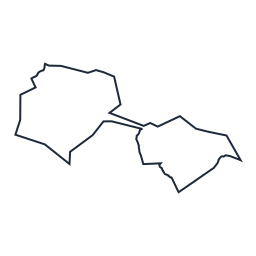 outline of Yeso'nbulag, Govi-Altay, Mongolia
{"feature_id": "93677404B66011642524046", "entity_name": "Yeso'nbulag", "entity_type": "district", "adm_level": 2, "iso_a3": "MNG", "parent_name": "Mongolia", "parent_adm1": "Govi-Altay", "projection": "mercator", "projection_center": [96.329, 46.208], "detail": "fine", "context": "isolated", "style": "outline", "palette": "slate", "viewbox_px": 256, "rotation_deg": 0, "n_neighbors": 0, "source": "geoboundaries", "source_scale": "gbopen_adm2", "svg_char_len": 1919}
<svg xmlns="http://www.w3.org/2000/svg" viewBox="0 0 256 256"><path d="M240.6,160.2L226.5,135.5L208.1,131.7L196.0,128.7L179.9,116.2L157.7,126.6L150.2,123.0L143.7,125.9L109.5,112.9L120.5,104.5L114.1,76.6L103.4,72.2L96.0,70.1L87.9,72.8L61.0,65.9L48.9,65.6L45.0,63.8L44.8,64.2L44.8,64.9L44.7,65.8L44.5,67.0L44.5,67.5L44.4,68.0L44.3,68.4L44.2,68.8L44.0,69.2L43.9,69.3L43.8,69.7L43.6,69.9L43.4,70.2L43.2,70.2L43.1,70.4L42.5,70.5L42.3,70.5L42.0,70.6L41.8,70.7L41.2,71.0L40.8,71.1L40.2,71.3L39.8,71.7L39.1,72.0L38.0,73.1L38.0,73.3L37.8,73.6L37.7,73.7L37.6,73.9L37.5,74.1L37.5,74.3L37.3,74.4L37.2,74.6L37.2,74.9L37.1,75.0L37.0,75.3L36.8,75.4L36.7,75.5L36.4,75.9L36.2,76.1L35.9,76.2L35.6,76.3L35.2,76.4L35.1,76.5L34.7,76.9L34.6,77.0L34.3,77.0L34.1,77.1L33.9,77.2L33.7,77.3L32.8,77.6L32.1,78.0L31.4,78.6L35.6,87.4L20.4,94.8L20.2,119.9L15.4,134.7L44.9,144.4L69.5,164.0L70.1,151.8L92.6,135.2L103.5,121.4L111.6,121.3L142.4,129.0L140.8,129.3L140.2,129.6L140.0,130.0L139.6,131.3L139.3,132.2L138.9,133.4L138.1,134.6L137.3,135.2L136.8,135.6L136.6,136.3L136.7,136.9L136.7,137.5L136.5,138.1L136.2,138.6L136.3,139.0L136.9,140.6L137.8,142.4L138.2,143.8L138.8,145.6L138.8,147.8L139.3,149.8L139.4,151.8L140.4,154.4L140.8,155.1L143.3,164.1L160.7,163.3L159.3,164.9L159.5,165.4L159.6,165.8L159.7,166.5L160.0,167.0L160.9,167.6L161.6,167.9L161.9,168.4L162.0,168.8L162.2,169.6L162.4,169.9L162.6,170.1L162.7,170.3L162.9,170.5L162.9,171.0L163.3,171.2L163.5,171.9L164.1,172.7L164.6,173.7L165.0,174.1L165.6,174.3L166.4,174.5L166.9,174.7L167.6,175.1L168.4,175.4L168.5,175.8L168.5,176.0L168.8,176.1L169.0,176.2L169.2,176.4L169.3,176.4L169.5,176.8L170.0,177.0L170.3,177.3L170.9,177.5L171.3,177.4L171.6,177.6L171.8,178.0L178.6,192.2L213.8,167.9L217.4,163.3L218.3,161.2L218.7,159.6L220.2,157.6L221.2,156.7L221.8,156.4L222.6,156.3L223.7,156.6L225.5,155.3L229.8,156.0L239.0,159.5L240.6,160.2L240.6,160.2Z" fill="none" stroke="#1e293b" stroke-width="2"/></svg>